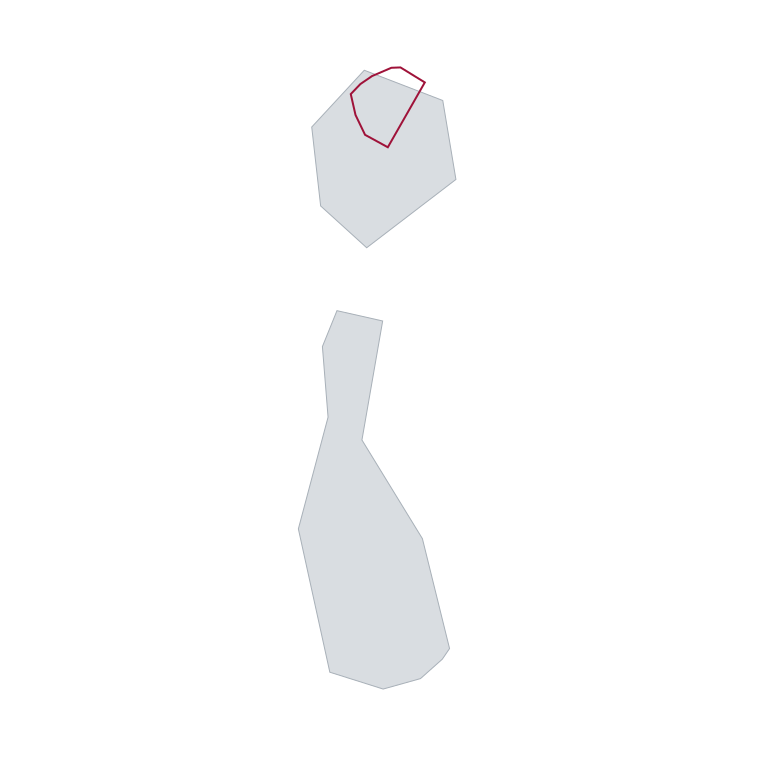 location of Saint George Gingerland within Saint Kitts and Nevis, rotated 225°
{"feature_id": "KNA-5102", "entity_name": "Saint George Gingerland", "entity_type": "Parish", "adm_level": 1, "iso_a3": "KNA", "parent_name": "Saint Kitts and Nevis", "parent_adm1": "", "projection": "orthographic", "projection_center": [-62.55, 17.125], "detail": "fine", "context": "in_parent", "style": "outline", "palette": "rose", "viewbox_px": 768, "rotation_deg": 225, "n_neighbors": 0, "source": "natural_earth", "source_scale": "10m", "svg_char_len": 589}
<svg xmlns="http://www.w3.org/2000/svg" viewBox="0 0 768 768"><g transform="rotate(225 384 384)"><path d="M469.1,402.6L429.5,427.6L360.0,328.8L247.5,301.8L150.6,243.3L148.2,230.7L149.9,201.5L168.9,167.7L218.5,141.9L342.1,221.0L400.1,321.0L454.0,366.9L469.1,402.6ZM619.8,591.9L542.9,626.0L477.8,579.5L492.6,468.1L554.7,465.1L616.8,514.6L619.8,591.9Z" fill="#d9dde1" stroke="#a8b0b8" stroke-width="1"/><path d="M612.5,565.5L612.8,579.4L610.2,593.3L602.4,612.8L596.2,619.5L568.4,626.1L548.7,554.1L573.6,546.8L594.4,554.1L612.5,565.5Z" fill="none" stroke="#9f1239" stroke-width="2"/></g></svg>